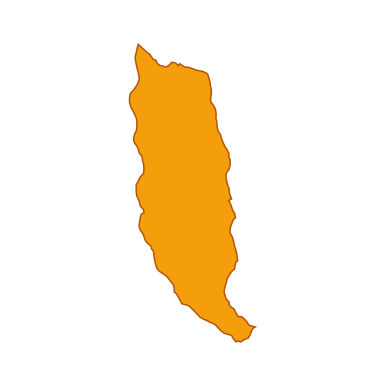 outline of Anhumas, São Paulo, Brazil, rotated 155°
{"feature_id": "56859067B94307152786888", "entity_name": "Anhumas", "entity_type": "district", "adm_level": 2, "iso_a3": "BRA", "parent_name": "Brazil", "parent_adm1": "São Paulo", "projection": "equal_earth", "projection_center": [-51.429, -22.356], "detail": "fine", "context": "isolated", "style": "filled", "palette": "amber", "viewbox_px": 384, "rotation_deg": 155, "n_neighbors": 0, "source": "geoboundaries", "source_scale": "gbopen_adm2", "svg_char_len": 2487}
<svg xmlns="http://www.w3.org/2000/svg" viewBox="0 0 384 384"><g transform="rotate(155 192 192)"><path d="M216.6,42.3L215.7,37.9L212.8,37.2L211.1,35.4L208.5,36.0L206.2,36.2L202.8,35.8L199.4,38.1L196.6,41.1L194.0,42.7L191.7,43.0L194.8,45.5L196.8,47.5L197.1,51.5L198.3,54.8L199.6,57.9L202.8,59.6L203.2,63.9L203.4,68.6L205.0,70.7L206.0,73.8L204.9,76.7L206.2,80.2L205.8,84.2L204.9,88.5L202.2,92.0L199.1,95.6L197.2,98.0L194.8,99.9L191.8,101.9L188.8,103.5L186.1,104.1L183.6,107.7L182.0,109.7L179.6,110.5L178.8,113.6L177.4,117.4L176.9,120.6L176.1,126.0L175.1,129.9L174.5,134.8L174.8,139.2L173.3,141.7L171.5,144.5L168.8,147.0L166.3,149.3L163.4,150.4L162.4,154.6L162.8,157.5L162.6,160.6L162.1,164.6L162.3,168.8L159.0,169.0L158.9,172.7L158.2,176.5L157.0,179.2L156.6,184.5L155.6,188.4L154.8,191.5L152.7,194.7L149.1,196.8L146.0,200.2L143.8,205.3L143.8,208.4L142.3,211.2L142.4,215.8L143.0,219.9L142.9,224.8L142.5,228.7L141.9,232.1L142.6,235.8L141.8,240.2L140.0,244.8L139.1,248.7L136.9,253.1L135.7,257.6L136.1,262.2L136.9,265.6L136.0,268.2L134.5,270.4L132.6,273.7L131.2,276.6L130.4,280.5L129.0,285.2L128.4,288.8L128.0,292.5L129.5,294.6L131.0,296.5L133.5,298.4L136.2,300.2L139.7,303.8L142.5,306.5L145.7,308.1L148.9,313.4L151.1,312.3L152.0,315.4L155.4,318.1L159.6,316.5L162.8,316.2L165.0,318.2L167.5,320.2L169.3,323.3L168.9,326.6L171.1,328.7L171.6,332.0L172.1,334.9L173.8,337.6L175.2,341.0L176.3,343.6L178.3,348.6L181.2,345.1L183.6,341.9L186.2,338.8L187.4,335.9L188.4,332.0L189.4,327.4L190.5,321.6L192.0,316.7L194.9,313.5L197.7,311.5L200.8,309.7L203.9,308.3L206.0,307.6L208.6,304.1L210.7,299.9L211.6,293.8L211.1,290.2L211.2,286.9L211.2,282.4L212.4,278.7L214.5,274.1L216.4,271.2L218.8,269.4L221.7,266.2L223.1,263.3L223.3,260.0L222.6,257.3L222.5,254.1L223.3,249.6L222.2,245.1L223.7,241.2L224.1,237.5L226.2,232.5L228.0,229.3L232.3,227.6L236.9,224.0L239.6,222.1L242.0,216.8L243.7,212.1L243.7,206.5L244.8,200.7L243.3,196.5L244.3,193.6L247.3,193.3L249.1,191.4L251.4,188.3L254.5,183.3L254.9,179.0L254.1,174.5L254.8,167.9L254.1,164.6L252.0,160.3L252.7,157.5L252.0,154.5L253.4,150.2L254.6,146.2L255.7,141.2L256.0,137.5L255.4,134.6L253.4,131.0L251.2,127.6L250.0,124.3L249.2,120.3L248.0,115.5L248.9,111.9L250.4,108.8L249.1,106.4L248.9,103.4L248.5,98.9L248.5,95.0L244.9,92.2L242.5,89.4L241.6,86.6L240.3,83.2L238.9,79.4L237.8,75.5L234.8,71.2L232.8,69.2L231.1,66.8L228.8,64.4L227.1,62.2L225.8,58.3L224.5,54.2L222.6,50.6L219.7,47.9L216.7,45.2L216.6,42.3Z" fill="#f59e0b" stroke="#b45309" stroke-width="1.5"/></g></svg>